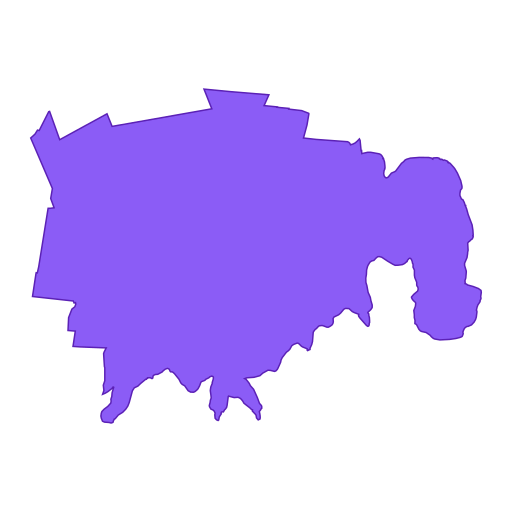 Techirghiol, Constanta, Romania (Natural Earth projection)
{"feature_id": "2599482B24507492005350", "entity_name": "Techirghiol", "entity_type": "district", "adm_level": 2, "iso_a3": "ROU", "parent_name": "Romania", "parent_adm1": "Constanta", "projection": "natural_earth1", "projection_center": [28.603, 44.038], "detail": "fine", "context": "isolated", "style": "filled", "palette": "violet", "viewbox_px": 512, "rotation_deg": 0, "n_neighbors": 0, "source": "geoboundaries", "source_scale": "gbopen_adm2", "svg_char_len": 6101}
<svg xmlns="http://www.w3.org/2000/svg" viewBox="0 0 512 512"><path d="M308.9,113.8L308.7,113.3L301.7,110.6L288.7,109.1L288.9,108.4L277.1,107.3L277.3,106.9L264.1,105.6L268.9,94.8L231.2,91.7L204.0,89.1L211.8,108.8L112.1,126.4L107.0,113.8L59.7,139.7L49.6,111.4L48.7,111.7L39.2,130.5L37.5,130.1L35.0,134.1L30.7,138.0L52.4,188.5L50.7,198.5L54.1,207.8L50.2,208.3L48.1,208.3L38.7,266.8L37.3,272.9L36.2,272.7L35.9,274.1L32.5,296.5L73.3,301.0L74.1,303.0L75.5,302.6L75.8,304.1L74.8,306.8L71.9,309.1L68.6,317.6L68.0,330.5L75.3,331.1L73.0,346.4L80.2,346.9L106.2,347.9L104.1,352.1L103.6,353.6L104.4,366.5L104.8,367.8L104.8,380.7L103.3,385.2L103.9,390.5L102.6,394.3L105.2,393.2L107.8,391.7L111.8,388.6L113.1,387.0L113.7,387.3L112.1,392.8L111.8,396.5L110.9,399.2L111.1,401.2L110.8,403.1L107.8,406.4L104.1,409.2L101.9,411.5L101.3,413.2L100.9,416.0L101.3,418.2L102.5,421.2L104.4,422.1L109.2,422.5L110.6,422.9L111.7,422.9L112.8,422.4L113.2,422.0L113.3,421.1L114.3,419.1L114.5,419.2L115.3,418.6L118.3,415.0L122.7,412.3L125.8,409.1L127.8,406.1L129.2,402.6L132.4,390.8L134.3,387.8L137.9,386.1L140.7,383.4L145.8,379.2L146.4,379.3L147.1,378.3L147.5,378.3L147.6,377.8L150.2,377.7L152.0,378.6L152.8,378.0L153.0,376.3L153.3,375.7L154.1,375.0L155.4,374.5L157.8,374.3L162.1,372.0L163.2,370.8L165.2,369.2L167.3,368.4L168.2,368.6L169.3,369.3L170.0,371.1L170.6,371.8L172.2,371.9L173.0,372.3L174.6,373.8L179.0,379.3L180.8,382.9L182.2,384.4L184.7,385.8L188.1,390.7L190.6,392.1L193.7,392.2L195.1,391.5L196.9,390.0L198.0,388.8L199.6,385.8L200.9,382.2L201.8,381.5L204.5,380.5L205.1,380.1L205.9,379.2L208.8,377.8L209.9,376.8L211.7,376.1L212.9,376.5L213.3,377.1L213.4,377.9L213.2,379.3L212.2,382.5L212.4,383.0L210.8,387.0L210.4,389.7L210.3,390.7L211.0,395.8L211.2,398.0L210.4,400.2L210.1,402.5L209.3,405.5L209.5,406.7L210.9,409.1L213.0,410.0L214.2,411.1L215.1,413.1L214.8,414.8L215.1,418.2L216.5,419.8L218.1,420.5L218.7,420.0L219.3,416.9L221.3,413.8L221.0,413.4L221.3,412.2L222.4,411.8L223.4,411.9L224.6,409.8L225.4,409.1L226.6,407.4L227.1,405.3L228.2,396.7L228.5,396.1L234.2,397.6L237.5,397.3L238.6,397.5L240.0,398.2L241.3,399.3L242.8,401.2L244.0,403.3L249.8,407.8L251.6,409.6L252.5,409.8L252.4,411.1L255.7,414.6L256.1,415.4L256.5,417.9L258.2,419.9L260.0,419.0L260.2,417.7L260.1,415.7L259.7,413.1L259.3,411.6L260.6,409.9L261.1,408.9L261.8,408.2L261.7,406.2L261.3,405.4L259.5,403.4L257.3,397.5L253.6,389.3L250.4,385.7L249.2,383.3L247.6,381.2L246.1,379.4L244.7,378.6L246.9,377.8L254.0,377.3L259.9,375.7L262.8,373.1L268.0,370.2L270.4,370.4L274.6,371.4L275.9,370.9L277.3,369.4L278.0,368.1L280.6,362.3L281.1,359.9L282.3,357.5L286.4,352.2L288.3,350.8L289.8,349.3L291.8,345.7L293.7,344.4L297.1,343.1L298.0,343.2L299.0,343.8L301.4,346.2L302.7,347.0L307.2,348.8L307.4,349.2L307.1,350.0L307.6,350.6L308.3,350.3L308.1,350.0L309.9,349.6L310.1,349.3L310.0,348.3L311.7,344.6L312.5,341.5L313.2,332.6L313.5,331.7L315.2,329.4L316.4,328.6L318.5,326.3L319.4,325.8L322.0,325.5L323.3,325.8L327.0,327.2L328.3,327.2L329.9,326.4L331.7,325.2L332.4,324.4L333.0,323.2L333.3,321.8L333.1,318.5L334.0,317.0L338.6,314.8L340.6,313.1L343.7,309.4L344.5,308.8L345.7,308.4L349.0,308.6L352.3,311.6L354.3,312.6L358.8,314.3L358.5,315.3L358.7,316.3L359.8,317.9L366.4,325.4L367.7,326.3L368.5,326.1L368.9,325.7L369.2,324.6L369.2,323.3L369.6,322.6L369.6,320.7L369.4,317.5L368.8,315.3L368.8,313.9L367.8,312.8L368.0,312.2L370.5,309.9L371.7,308.4L372.2,307.3L372.2,306.2L372.2,305.0L370.9,300.6L370.3,297.3L368.1,292.3L366.9,285.7L365.9,282.4L365.8,278.1L366.4,274.4L366.6,270.0L367.5,266.5L368.2,265.0L369.9,262.2L371.6,261.0L373.9,260.4L375.9,258.2L377.7,256.7L379.4,256.6L381.7,257.2L387.7,261.2L392.8,264.2L395.1,265.3L398.1,265.2L402.4,264.6L404.6,263.5L406.3,262.0L406.6,261.9L407.1,261.5L407.0,261.2L407.7,260.0L408.9,258.6L409.9,258.2L410.7,258.6L411.4,259.5L412.3,261.8L412.4,263.0L412.9,263.8L413.1,265.0L413.0,267.1L414.4,270.1L414.4,275.2L414.8,277.6L416.7,282.3L416.7,285.1L417.1,286.2L417.8,287.0L418.2,289.0L417.6,291.1L413.8,294.3L411.5,297.0L411.5,297.6L412.4,299.4L413.5,300.7L415.5,302.5L415.7,303.5L415.4,306.3L413.8,310.5L414.3,314.7L414.3,317.7L414.6,318.7L415.0,320.5L414.9,323.6L416.3,324.4L416.8,325.1L418.9,329.3L420.4,330.9L421.7,331.5L426.1,332.5L430.2,335.3L431.3,336.7L433.3,338.4L434.7,339.0L439.9,339.9L441.7,339.8L449.6,339.4L455.8,338.5L459.8,337.5L461.6,336.8L462.3,336.2L463.2,333.8L462.9,332.0L463.7,329.9L464.4,328.5L465.4,327.4L467.1,326.4L468.0,326.4L471.5,324.9L474.1,322.1L475.6,319.4L476.3,317.1L476.9,312.3L476.9,311.1L476.4,310.3L477.0,307.4L477.9,304.9L479.8,302.1L480.1,301.4L480.0,300.8L480.9,298.8L481.0,298.2L480.7,296.6L481.3,292.4L481.0,290.4L478.4,288.5L473.2,286.5L467.4,284.9L466.6,284.1L465.0,283.6L465.2,282.2L464.9,280.9L465.8,278.0L466.3,271.9L466.2,270.8L464.6,265.5L464.6,263.2L467.0,257.6L467.6,253.7L467.6,252.6L468.1,250.2L467.7,243.1L468.6,241.8L469.4,241.4L471.3,239.5L472.3,238.9L473.2,236.8L473.1,236.2L472.8,235.9L472.8,235.5L473.2,235.2L472.9,230.2L472.1,224.9L468.2,214.6L466.6,208.8L465.4,205.9L465.7,205.9L465.7,205.4L465.1,205.2L464.3,202.5L462.8,199.6L461.5,199.1L459.9,195.5L459.9,193.4L460.6,189.9L461.8,188.6L462.0,187.8L462.0,186.2L460.7,180.6L457.4,173.1L454.8,168.7L453.7,167.3L450.1,163.3L448.6,162.5L448.3,162.8L448.0,162.6L448.3,162.1L447.1,161.0L444.4,160.0L443.3,160.3L442.4,159.5L441.2,159.2L440.9,159.6L439.4,158.9L439.5,158.4L438.2,157.9L437.0,157.7L433.6,157.9L433.2,158.1L432.8,159.2L432.4,159.0L432.5,158.4L432.1,158.2L428.7,157.5L419.4,157.4L410.4,158.1L406.7,159.2L405.1,160.0L403.6,161.7L401.5,163.3L395.7,171.0L394.7,171.7L391.4,173.1L388.5,176.7L387.6,177.5L386.1,177.9L384.7,176.8L384.1,175.7L383.9,174.7L383.7,173.5L384.1,170.5L384.6,169.6L384.8,168.9L384.7,168.5L384.9,168.4L385.0,167.5L384.9,165.7L384.5,161.9L383.8,159.7L383.6,159.1L383.1,159.0L382.9,158.6L383.4,158.4L381.9,155.8L380.7,154.5L379.1,153.8L370.8,152.3L367.6,152.3L361.8,153.6L361.6,150.6L361.1,150.7L360.1,140.4L359.4,138.9L357.2,141.2L355.2,142.9L353.1,144.0L350.5,144.8L349.9,143.4L348.9,142.4L347.6,141.7L316.0,139.4L303.5,138.0L307.0,125.0L308.9,113.8Z" fill="#8b5cf6" stroke="#5b21b6" stroke-width="1.5"/></svg>